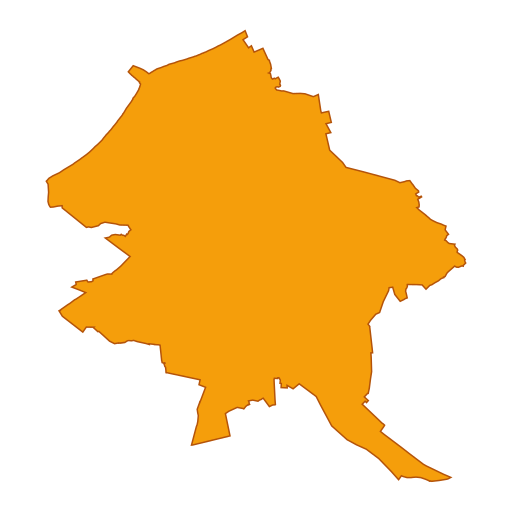 outline of Rīga, Riga, Latvia
{"feature_id": "27541924B69950658551149", "entity_name": "Rīga", "entity_type": "district", "adm_level": 2, "iso_a3": "LVA", "parent_name": "Latvia", "parent_adm1": "Riga", "projection": "mercator", "projection_center": [24.123, 56.972], "detail": "fine", "context": "isolated", "style": "filled", "palette": "amber", "viewbox_px": 512, "rotation_deg": 0, "n_neighbors": 0, "source": "geoboundaries", "source_scale": "gbopen_adm2", "svg_char_len": 5938}
<svg xmlns="http://www.w3.org/2000/svg" viewBox="0 0 512 512"><path d="M465.7,263.0L465.0,261.8L464.6,260.0L465.1,259.6L463.8,257.3L461.9,255.7L457.2,252.4L457.2,251.1L457.7,250.2L457.5,249.5L457.1,248.8L455.4,247.2L455.1,246.7L454.5,245.2L454.5,244.8L454.9,244.2L449.2,243.5L447.8,242.5L446.0,240.6L444.7,240.1L445.1,239.0L445.6,238.5L446.4,237.0L446.7,235.7L448.5,234.3L445.3,230.1L445.2,229.5L446.0,226.1L443.8,225.3L441.3,224.1L436.8,222.6L432.7,220.6L431.1,219.7L430.4,219.3L429.1,218.0L426.0,215.5L426.1,215.4L419.2,210.0L416.8,207.6L419.0,207.0L419.1,206.3L419.2,204.8L418.8,202.0L417.7,199.3L421.6,196.9L421.2,196.2L418.9,197.2L417.3,195.8L416.5,195.8L415.7,193.9L418.7,192.1L418.5,190.9L415.3,188.2L412.7,184.4L412.4,184.2L409.8,180.6L406.5,180.9L404.7,181.6L399.9,182.7L394.9,180.3L363.3,171.8L346.0,167.4L342.6,162.5L329.7,150.2L325.9,133.8L330.8,132.6L326.0,123.7L331.3,122.4L328.7,111.3L321.4,112.9L320.8,111.0L318.3,94.5L313.8,96.5L313.2,96.6L305.0,93.8L300.4,93.4L293.0,93.6L284.4,91.1L283.4,90.9L281.7,91.0L279.6,90.5L276.7,90.0L275.5,88.6L275.2,88.0L275.9,87.1L277.2,86.7L278.5,87.1L280.2,86.3L280.5,85.4L280.2,84.7L279.7,84.3L280.3,81.1L279.0,78.5L278.2,77.2L275.2,78.8L274.2,78.2L273.6,78.6L273.1,78.8L272.7,79.1L271.8,78.5L271.1,77.1L270.9,75.7L270.4,73.6L268.8,73.0L269.3,72.8L270.3,71.7L271.0,70.2L270.8,69.1L271.4,68.7L270.6,64.2L269.4,61.0L269.4,60.3L268.0,59.5L262.9,48.3L254.1,52.1L251.4,45.8L248.6,47.8L243.0,39.7L247.5,36.8L245.1,30.7L242.1,32.6L237.6,35.0L230.6,39.3L220.2,45.1L218.1,46.0L216.4,47.0L212.8,48.8L208.5,50.6L205.8,52.0L204.0,52.6L203.3,53.1L202.4,53.2L199.6,54.6L198.8,54.8L195.9,56.1L195.0,56.2L193.6,56.8L188.6,58.3L187.2,58.9L184.3,59.8L182.3,60.4L179.8,60.9L176.2,62.1L174.7,62.8L169.0,64.3L166.9,65.5L163.9,66.4L161.0,67.6L157.8,68.6L156.5,69.1L155.3,70.0L154.5,70.3L152.3,71.8L151.7,72.0L149.7,73.4L148.8,73.7L146.2,71.7L143.3,69.8L139.8,68.2L133.2,65.7L128.3,71.8L130.0,73.6L131.1,74.6L131.6,75.2L132.8,76.1L133.8,77.1L134.3,77.4L135.6,78.5L135.9,78.9L139.6,82.0L139.4,82.7L140.5,83.9L140.5,84.4L139.5,87.6L138.9,88.8L138.9,89.3L136.5,93.5L134.8,96.2L132.9,98.3L132.9,99.0L132.8,99.3L131.9,100.5L131.6,101.2L126.4,108.3L123.9,112.6L123.1,113.7L122.9,113.8L122.6,114.6L121.4,116.3L120.4,117.4L120.3,117.6L117.3,121.4L117.3,121.7L114.0,125.8L113.7,126.0L111.3,129.2L110.3,130.4L109.4,131.2L108.8,132.1L108.0,132.9L107.6,133.5L106.5,134.4L105.3,136.0L103.6,138.0L102.0,140.2L97.6,144.5L95.1,146.6L93.2,148.6L89.5,152.1L86.7,154.4L81.3,158.3L80.5,159.0L74.7,162.9L73.1,164.2L63.9,169.7L59.5,172.7L52.9,175.8L48.9,178.3L47.3,180.2L46.3,181.2L48.1,184.2L48.6,192.3L48.2,197.0L48.0,201.5L48.7,204.3L49.5,205.9L50.4,207.2L53.4,207.0L57.8,206.1L62.1,205.7L62.2,207.9L86.4,227.4L88.6,226.9L91.3,227.5L98.4,225.7L100.6,223.6L104.9,222.2L116.0,223.9L119.8,225.0L128.0,225.2L128.6,226.4L130.9,229.8L128.9,231.4L128.1,233.5L127.2,234.5L126.7,234.1L125.3,236.4L123.8,235.3L122.6,235.3L121.2,234.3L120.3,235.2L115.3,234.5L111.9,235.1L111.0,235.7L109.7,236.9L108.9,237.3L105.3,238.0L119.0,248.3L130.1,256.5L120.6,266.3L116.2,270.1L115.4,270.5L112.9,272.6L111.8,273.7L111.8,274.1L107.4,274.0L105.7,274.5L92.9,279.0L93.1,280.7L91.6,281.7L88.1,282.0L87.6,281.5L86.8,280.2L75.7,282.0L76.2,284.4L75.5,285.1L75.0,285.2L71.8,287.1L79.7,290.1L85.7,292.6L76.2,299.0L74.6,299.8L69.9,303.4L67.9,304.6L61.5,309.1L61.0,309.5L60.6,310.1L60.5,309.9L59.0,310.8L59.4,311.4L62.4,316.3L82.8,332.1L86.3,327.1L93.7,327.2L93.3,327.5L97.9,331.7L98.9,331.4L109.6,341.2L114.6,343.7L118.7,342.9L118.8,343.2L122.3,342.7L122.1,342.9L124.8,342.5L127.1,341.0L128.1,340.6L129.4,340.6L131.4,340.8L133.7,340.4L137.2,341.6L145.9,343.5L149.3,344.5L149.2,343.8L154.5,344.4L154.5,344.6L158.6,344.8L160.1,345.2L160.3,347.5L161.2,355.9L161.2,356.1L161.7,360.8L161.9,361.1L162.1,362.5L162.3,362.5L163.2,363.1L164.7,362.8L165.0,363.1L164.3,363.6L164.1,364.2L164.5,365.2L164.8,366.4L165.5,367.2L165.6,367.7L165.9,370.2L166.0,372.5L166.2,372.8L166.6,372.6L170.1,373.4L200.1,379.8L199.0,384.7L205.6,387.3L200.5,400.8L200.1,401.2L199.8,401.8L199.8,402.0L200.0,402.0L199.5,403.3L199.4,403.2L197.2,409.3L197.7,412.7L198.3,415.6L197.8,421.4L197.1,424.8L196.4,426.5L191.5,445.1L192.6,445.0L230.0,435.9L225.4,413.6L228.9,411.2L237.2,407.4L243.0,408.5L243.8,408.9L245.8,406.4L248.0,404.7L248.2,405.0L249.6,404.4L249.2,403.6L249.0,402.0L248.5,400.9L252.7,400.1L258.0,401.2L259.5,400.1L261.3,399.4L262.5,398.5L263.2,398.2L269.4,406.6L272.6,405.0L275.1,404.8L275.4,404.6L275.0,399.6L274.0,379.2L274.4,378.9L274.4,378.3L277.6,378.5L277.6,378.0L277.8,378.0L277.8,378.3L277.9,377.8L278.9,377.7L280.2,379.8L280.3,380.2L280.0,383.3L281.3,383.5L281.1,387.6L287.2,387.9L287.1,385.4L293.1,388.8L299.2,383.8L316.2,396.5L320.4,404.8L331.7,425.9L347.1,439.7L356.5,444.8L366.3,449.2L378.8,458.6L391.3,471.5L398.6,479.7L401.4,475.8L403.1,476.5L407.1,477.6L411.0,477.6L412.4,477.4L416.0,477.1L420.8,477.6L425.7,479.3L429.2,480.8L430.0,481.0L429.9,481.2L430.2,481.2L430.4,481.2L430.5,481.0L431.7,481.3L439.0,480.5L446.9,479.2L448.4,478.7L450.8,477.4L446.7,475.6L443.8,474.4L426.4,466.0L423.4,464.3L408.9,453.3L402.0,447.9L384.1,434.4L380.4,431.4L383.6,426.9L384.6,425.2L383.1,423.8L382.0,423.1L362.2,404.2L365.1,401.2L366.5,402.6L368.3,400.6L364.3,396.9L367.6,393.4L368.2,393.4L369.3,388.2L370.5,378.8L371.6,371.7L371.2,357.7L370.9,352.9L372.6,352.8L372.1,348.0L369.7,326.8L369.8,326.5L368.0,324.1L370.7,320.1L375.8,314.2L379.6,312.5L383.3,301.6L388.6,290.7L389.1,287.7L392.7,287.2L394.8,294.5L400.2,301.3L403.8,299.6L405.1,298.7L407.2,297.9L406.5,294.7L406.1,293.0L405.6,291.4L405.9,289.1L406.6,288.2L407.2,286.8L407.4,286.1L407.2,285.0L407.3,284.5L416.9,284.6L422.1,284.9L426.0,289.2L429.8,285.4L431.9,284.7L434.8,282.8L438.5,280.8L440.7,278.9L442.1,278.2L443.8,277.6L443.6,277.1L445.1,276.5L446.9,273.2L448.2,271.8L454.7,266.1L456.3,267.1L458.4,267.3L461.9,265.9L463.2,266.2L463.2,265.5L465.5,263.2L465.7,263.0Z" fill="#f59e0b" stroke="#b45309" stroke-width="1.5"/></svg>